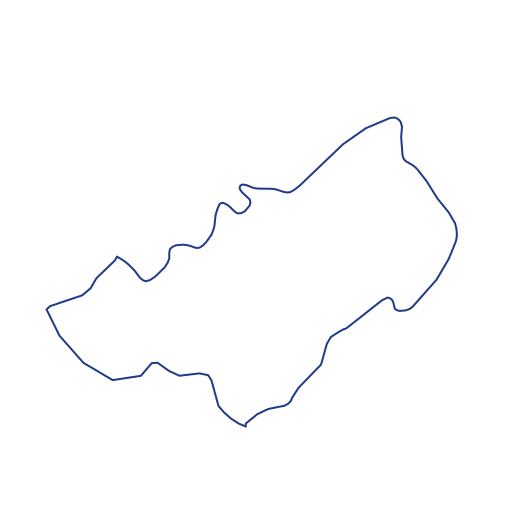 outline of Massa-Carrara, rotated 104°
{"feature_id": "ITA-5382", "entity_name": "Massa-Carrara", "entity_type": "Province", "adm_level": 1, "iso_a3": "ITA", "parent_name": "Italy", "parent_adm1": "", "projection": "natural_earth1", "projection_center": [9.975, 44.229], "detail": "fine", "context": "isolated", "style": "outline", "palette": "blue", "viewbox_px": 512, "rotation_deg": 104, "n_neighbors": 0, "source": "natural_earth", "source_scale": "10m", "svg_char_len": 1815}
<svg xmlns="http://www.w3.org/2000/svg" viewBox="0 0 512 512"><g transform="rotate(104 256 256)"><path d="M358.5,446.3L354.4,443.6L336.2,415.1L327.2,408.6L316.2,405.5L294.4,391.8L290.3,390.7L290.6,389.6L291.6,386.0L293.1,381.9L295.0,377.8L299.2,370.7L304.4,364.3L305.8,362.1L306.9,359.6L307.2,356.8L305.0,353.0L300.4,348.9L289.4,342.0L283.6,340.0L279.1,339.6L274.2,340.9L270.2,341.2L267.5,339.4L265.0,336.3L262.6,329.3L262.1,324.8L262.2,321.0L262.6,318.1L262.5,315.1L261.5,312.7L258.8,310.2L254.6,307.7L246.2,304.4L241.2,303.7L237.0,303.6L226.2,305.1L220.4,304.9L214.7,304.0L213.4,302.9L212.4,301.0L213.0,297.1L214.1,294.3L218.3,286.9L219.1,284.2L218.1,280.9L215.5,277.8L208.7,274.4L205.2,274.4L202.6,275.8L197.5,285.1L195.8,287.0L193.9,288.5L191.5,288.2L189.9,286.4L189.5,282.6L190.4,276.2L190.5,273.1L190.1,270.3L186.8,256.2L186.6,253.1L186.7,250.0L187.0,246.7L187.1,243.6L186.7,240.8L185.8,238.3L182.5,234.8L177.4,230.8L126.5,198.6L105.5,180.4L89.8,159.5L88.1,155.1L88.3,152.7L89.3,150.2L90.8,148.2L93.1,146.8L95.6,145.5L105.2,144.0L121.7,138.6L124.2,137.4L126.3,135.9L127.7,133.8L130.1,125.6L131.3,123.0L132.6,120.8L142.0,108.7L156.3,93.9L167.1,79.5L176.2,70.7L180.9,68.2L186.2,66.4L190.0,65.7L194.4,65.7L212.3,68.3L235.3,75.1L267.4,91.8L270.1,94.0L272.4,97.2L274.6,103.4L274.4,106.7L273.5,108.6L267.7,111.6L265.7,113.3L264.6,115.6L264.5,118.2L268.3,122.9L304.4,150.9L305.7,153.0L309.1,156.8L316.4,163.7L324.0,166.0L345.6,166.6L353.8,171.4L373.7,182.9L385.0,186.7L388.3,187.2L391.5,189.0L394.4,192.1L400.6,205.4L402.3,208.2L409.3,216.6L420.9,225.3L423.9,224.8L422.8,232.2L419.8,240.9L415.4,249.4L410.6,256.1L387.5,269.1L383.2,273.6L383.6,282.5L390.7,301.3L388.6,312.6L383.4,325.7L385.2,331.2L400.1,338.7L411.1,365.1L401.4,397.6L380.8,427.5L358.5,446.3Z" fill="none" stroke="#1e3a8a" stroke-width="2"/></g></svg>